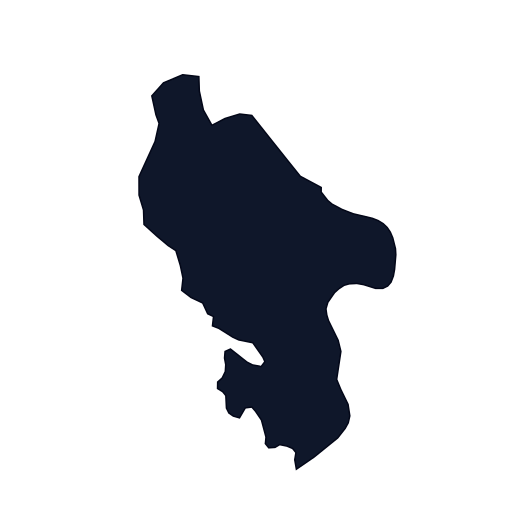 Kumchon, Hwanghae-bukto, North Korea, rotated 321°
{"feature_id": "82179303B1083832537536", "entity_name": "Kumchon", "entity_type": "district", "adm_level": 2, "iso_a3": "PRK", "parent_name": "North Korea", "parent_adm1": "Hwanghae-bukto", "projection": "robinson", "projection_center": [126.491, 38.201], "detail": "fine", "context": "isolated", "style": "filled", "palette": "ink", "viewbox_px": 512, "rotation_deg": 321, "n_neighbors": 0, "source": "geoboundaries", "source_scale": "gbopen_adm2", "svg_char_len": 1532}
<svg xmlns="http://www.w3.org/2000/svg" viewBox="0 0 512 512"><g transform="rotate(321 256 256)"><path d="M349.8,243.8L340.6,221.9L340.7,201.7L340.9,175.8L341.2,144.1L332.7,135.4L318.4,129.6L304.0,126.7L307.0,109.4L315.8,92.1L324.5,80.6L313.1,69.0L293.1,63.2L275.8,66.0L267.1,83.3L264.1,92.0L249.6,103.5L232.3,112.1L215.0,120.7L203.4,135.1L197.5,149.5L188.8,161.0L191.5,178.3L194.3,192.7L197.1,201.4L191.2,215.8L185.3,227.3L176.6,235.9L179.4,247.4L185.0,259.0L182.1,270.5L184.9,276.3L178.2,282.9L181.5,288.7L186.9,304.5L189.8,310.4L198.9,321.4L197.7,339.0L196.4,343.7L190.3,345.2L189.3,343.7L184.7,338.4L182.2,332.7L177.6,312.2L171.9,310.7L167.3,315.5L164.1,321.4L159.4,326.5L153.0,329.5L146.9,329.8L142.7,334.8L144.7,340.5L144.7,345.5L137.3,355.6L136.1,361.0L137.6,366.1L141.3,371.4L152.1,367.3L157.7,370.8L157.9,376.2L157.0,386.9L149.8,403.0L146.7,406.2L145.2,407.7L145.2,413.1L150.3,416.7L155.7,417.5L160.4,423.2L163.3,428.6L163.3,433.9L157.9,438.7L153.2,447.1L174.8,448.8L191.9,448.8L205.0,448.8L216.8,446.1L222.7,443.7L228.3,439.3L234.2,429.2L237.9,413.1L241.0,402.7L261.9,383.6L266.8,373.2L271.7,351.8L273.9,346.4L277.1,341.1L282.7,337.2L294.0,333.9L299.6,333.6L306.0,334.2L310.9,336.3L317.1,340.8L321.7,346.1L328.6,356.5L334.2,361.0L337.3,361.7L339.4,362.2L344.5,361.3L350.2,358.0L355.3,353.6L365.4,343.1L369.0,338.1L373.7,328.0L375.4,322.0L375.9,316.4L375.2,311.0L373.2,305.3L370.2,300.0L358.0,284.2L352.1,273.8L347.7,263.4L346.7,258.0L346.9,247.3L349.8,243.8Z" fill="#0f172a" stroke="#020617" stroke-width="1.5"/></g></svg>